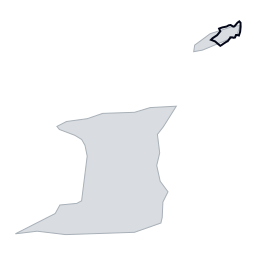 location of Eastern Tobago within Trinidad and Tobago
{"feature_id": "TTO-50", "entity_name": "Eastern Tobago", "entity_type": "Region", "adm_level": 1, "iso_a3": "TTO", "parent_name": "Trinidad and Tobago", "parent_adm1": "", "projection": "mercator", "projection_center": [-60.599, 11.278], "detail": "fine", "context": "in_parent", "style": "outline", "palette": "ink", "viewbox_px": 256, "rotation_deg": 0, "n_neighbors": 0, "source": "natural_earth", "source_scale": "10m", "svg_char_len": 975}
<svg xmlns="http://www.w3.org/2000/svg" viewBox="0 0 256 256"><path d="M160.9,223.0L134.5,232.3L65.7,234.6L37.2,231.2L15.4,233.8L55.2,213.5L59.9,205.0L76.8,203.4L81.6,200.8L87.2,156.1L85.0,145.4L81.7,139.5L74.8,135.3L59.4,129.5L56.9,126.4L66.5,121.5L87.2,118.7L102.6,113.4L134.6,112.3L150.1,107.6L176.3,106.2L163.4,126.7L157.4,134.4L159.7,152.9L156.7,165.5L160.2,181.3L168.0,191.8L162.9,202.0L162.2,217.5L160.9,223.0ZM202.5,50.1L193.7,51.7L194.7,45.1L210.2,33.7L234.0,26.0L240.1,25.7L236.7,35.9L202.5,50.1Z" fill="#d9dde1" stroke="#a8b0b8" stroke-width="1"/><path d="M219.1,28.6L222.1,27.5L226.7,26.5L228.6,25.4L230.6,25.0L233.2,26.6L234.4,26.4L237.5,22.7L239.3,21.4L240.5,22.7L240.6,26.8L240.1,31.9L238.9,35.5L237.0,35.0L236.0,35.0L235.0,37.5L233.6,37.8L232.0,37.3L230.4,37.3L230.1,38.0L227.6,41.3L227.0,41.4L223.3,43.8L222.1,44.7L220.3,45.8L217.4,43.4L215.1,41.4L211.0,39.8L212.6,38.2L217.1,35.2L220.3,31.3L219.1,28.6Z" fill="none" stroke="#020617" stroke-width="2"/></svg>